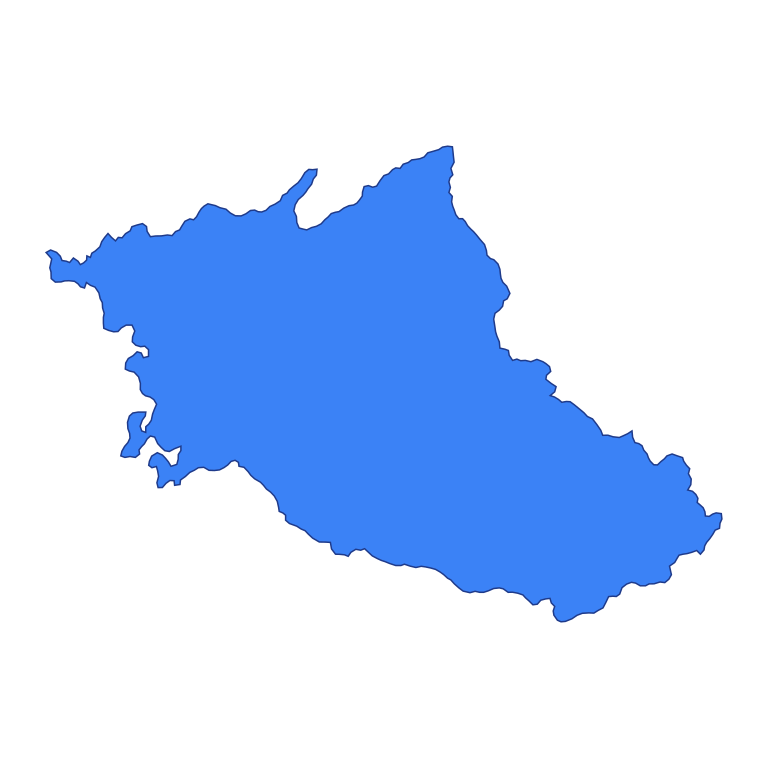 the district of Bom Retiro, Santa Catarina, Brazil
{"feature_id": "56859067B90842299420584", "entity_name": "Bom Retiro", "entity_type": "district", "adm_level": 2, "iso_a3": "BRA", "parent_name": "Brazil", "parent_adm1": "Santa Catarina", "projection": "mercator", "projection_center": [-49.588, -27.777], "detail": "fine", "context": "isolated", "style": "filled", "palette": "blue", "viewbox_px": 768, "rotation_deg": 0, "n_neighbors": 0, "source": "geoboundaries", "source_scale": "gbopen_adm2", "svg_char_len": 6097}
<svg xmlns="http://www.w3.org/2000/svg" viewBox="0 0 768 768"><path d="M452.4,146.8L447.6,146.2L442.5,147.1L438.8,149.6L433.8,151.1L427.8,152.8L424.1,157.0L419.9,158.7L415.7,159.4L411.7,159.9L408.3,162.5L403.2,164.2L400.1,168.4L395.7,167.9L392.5,169.7L388.6,173.9L383.9,175.6L380.1,180.6L376.6,186.1L372.7,187.2L368.4,185.6L364.1,186.6L362.5,192.1L362.3,196.1L359.4,200.1L356.9,203.1L353.6,205.0L349.0,205.7L343.8,208.1L339.0,211.6L335.2,212.3L331.2,213.6L328.1,217.0L324.9,219.7L321.2,223.8L316.4,226.3L311.5,227.6L306.8,229.9L303.2,229.1L299.1,228.0L296.8,222.5L296.4,216.4L293.8,210.9L295.2,204.7L298.3,199.5L303.0,195.4L305.8,192.1L307.9,188.8L311.6,184.2L313.3,179.0L316.4,175.2L317.0,169.2L312.6,169.7L308.8,169.4L304.9,172.6L301.3,178.6L298.0,182.8L293.7,186.1L289.4,189.8L287.1,193.1L282.6,195.4L280.3,200.7L275.1,204.1L269.9,206.5L266.1,210.3L261.6,212.0L258.1,211.7L254.7,210.1L250.5,210.5L245.9,213.8L241.2,215.9L235.4,215.8L230.3,213.0L226.0,209.2L219.9,207.7L215.4,205.6L211.6,204.7L207.9,203.8L204.1,206.1L201.4,208.6L199.1,212.0L196.5,216.8L193.6,219.8L189.9,218.9L184.9,221.3L181.7,226.3L179.6,229.9L175.5,231.6L172.1,235.6L167.4,235.0L161.3,235.9L155.5,236.0L150.4,236.7L147.1,231.4L146.5,226.5L142.5,223.6L136.7,225.1L131.9,226.7L130.2,230.8L125.5,233.7L122.1,237.8L118.3,237.4L115.5,240.9L111.5,237.4L108.0,233.5L104.7,237.4L101.7,241.7L99.9,246.8L95.3,251.0L91.8,253.2L90.4,257.4L86.9,255.9L86.6,260.1L83.6,262.9L80.3,264.6L78.0,261.2L73.4,258.0L69.6,262.5L66.3,261.2L62.0,260.5L60.3,256.2L56.6,252.4L50.6,250.0L46.1,252.5L49.1,255.9L51.7,258.9L50.8,263.1L49.8,267.8L51.0,272.0L51.2,278.6L55.3,282.1L61.1,281.9L64.6,280.9L68.9,280.7L74.5,281.3L78.0,283.8L80.5,286.8L84.5,288.0L86.4,282.5L90.4,285.3L95.0,287.1L98.9,292.9L100.2,298.7L102.3,302.6L102.6,308.0L104.2,313.3L103.4,317.3L103.4,323.2L103.8,328.3L108.6,330.4L113.7,331.8L118.0,331.5L121.3,327.9L126.2,325.1L132.0,325.1L134.8,331.0L132.6,336.9L132.3,341.8L135.8,345.2L140.6,346.7L144.8,346.2L148.5,349.6L148.5,356.4L143.4,357.7L141.2,353.0L137.1,351.8L133.1,355.7L128.3,358.5L125.7,363.0L125.3,369.1L129.4,371.0L134.1,372.1L138.6,376.9L140.4,383.3L140.3,389.6L142.5,393.5L145.5,395.8L150.0,397.0L153.8,399.6L156.6,404.2L154.3,409.5L152.6,414.0L151.3,420.3L148.7,424.2L145.8,426.7L145.7,432.4L141.7,430.9L140.1,426.2L142.3,420.1L145.3,415.9L145.8,412.1L142.1,412.1L138.0,412.1L132.8,413.0L129.4,416.1L127.5,422.3L127.9,428.6L129.6,433.3L130.0,438.1L127.9,442.6L124.6,446.4L121.9,451.2L120.8,455.9L124.9,457.4L130.0,456.5L135.4,457.4L139.6,454.0L139.0,449.9L141.6,446.6L144.4,443.8L147.1,439.0L150.4,436.0L154.7,437.1L157.7,443.6L161.2,447.4L164.8,450.7L169.3,451.5L174.5,448.7L180.9,446.2L180.9,450.6L178.3,454.5L178.2,459.2L176.8,464.4L171.0,466.3L168.4,461.9L165.6,458.4L162.4,455.0L157.3,452.7L151.7,456.1L149.4,461.2L148.7,465.3L151.9,467.7L156.4,466.5L157.6,470.7L158.6,476.4L156.9,482.8L158.1,487.6L162.4,487.5L166.0,483.3L169.9,480.5L174.1,480.7L174.6,485.3L180.0,484.5L180.5,480.0L185.5,476.4L189.8,472.4L194.2,470.3L198.4,467.7L203.8,467.3L209.0,470.3L214.3,470.5L219.5,469.9L224.0,467.6L227.7,465.0L231.1,461.4L235.1,460.3L238.4,462.3L239.0,466.3L244.0,467.3L248.1,471.6L250.8,475.3L254.6,478.8L260.5,482.2L263.5,485.3L266.4,489.0L270.6,492.1L274.3,496.0L277.3,501.4L278.6,507.4L279.2,511.4L282.8,512.9L285.6,515.2L285.6,520.2L289.4,523.5L296.8,526.2L301.1,529.0L305.1,530.7L308.5,534.3L312.6,538.1L319.3,542.0L325.6,542.1L330.4,542.4L331.5,548.9L335.5,554.2L339.5,554.3L344.5,554.8L348.2,556.3L350.9,552.3L355.8,549.3L360.7,550.2L364.6,548.7L368.9,552.7L372.3,555.9L377.4,558.6L381.3,560.4L385.0,561.6L389.7,563.5L395.7,565.5L401.0,565.5L404.4,564.2L410.1,566.1L415.9,567.5L421.2,566.3L425.5,566.9L430.7,568.0L435.6,569.4L440.1,572.0L443.8,574.7L447.6,578.2L450.8,579.9L454.3,583.8L458.9,587.9L463.1,591.1L470.0,592.7L475.1,591.3L479.6,592.3L483.7,592.3L488.4,590.8L493.7,588.5L499.3,587.9L503.2,588.8L508.1,592.3L512.4,592.2L517.8,593.2L522.9,594.9L525.6,597.9L529.1,601.0L532.9,604.8L537.3,604.2L540.8,600.2L545.7,598.9L550.0,598.4L551.3,602.9L554.7,606.4L553.2,611.0L553.9,615.2L557.4,620.2L561.0,621.8L565.4,621.4L571.9,618.8L577.0,615.3L582.3,613.3L588.8,612.9L593.9,613.1L598.2,610.4L603.0,607.9L606.0,602.1L608.6,596.6L612.8,596.2L616.3,596.5L619.7,594.1L622.0,587.7L626.6,584.1L631.4,582.3L635.6,583.1L640.3,585.8L645.5,585.8L649.1,583.9L654.1,583.8L660.0,582.0L664.8,582.6L668.9,579.2L671.4,574.7L669.5,566.1L674.7,562.5L677.0,558.5L679.0,555.2L683.0,554.2L687.1,553.6L691.8,552.3L696.7,550.5L700.4,554.2L704.0,550.0L704.7,545.9L706.6,542.4L709.8,538.6L712.8,534.3L715.2,530.1L719.5,528.3L720.0,523.3L721.9,519.0L721.3,513.6L716.1,512.9L712.6,514.1L709.2,516.4L705.4,516.0L704.9,511.7L703.2,507.8L700.4,505.2L697.2,502.5L697.9,498.3L695.9,494.5L692.5,491.3L687.7,490.0L690.8,484.7L691.2,479.0L688.4,473.7L689.7,468.7L686.4,465.2L683.7,461.2L682.6,457.6L677.4,455.9L672.1,454.0L666.9,455.9L664.4,458.8L660.9,461.6L657.5,464.9L653.8,464.8L650.2,461.1L648.4,457.8L647.1,454.0L643.8,450.2L642.0,445.7L638.8,443.6L634.9,442.6L632.6,437.2L632.0,430.9L627.7,433.7L623.2,435.8L619.3,437.5L613.1,436.8L607.9,435.2L602.7,435.3L600.8,430.3L596.9,424.6L592.5,418.9L587.4,416.5L583.9,412.7L579.8,409.3L574.2,404.7L570.1,401.7L566.3,401.5L561.8,402.3L558.7,399.6L554.5,397.0L550.2,395.6L554.7,391.8L556.1,386.7L551.0,383.3L545.9,379.3L546.5,375.3L550.7,371.4L549.5,366.6L545.9,363.6L542.9,361.7L536.9,359.4L530.9,361.7L525.3,360.4L520.7,360.7L516.9,359.1L512.6,360.4L509.2,355.3L508.4,350.5L504.9,349.2L499.9,348.1L499.3,341.8L496.9,336.1L495.6,331.8L494.8,326.2L493.7,319.1L495.0,313.3L499.3,310.1L502.6,306.3L503.6,300.8L507.2,298.8L509.9,293.4L506.7,286.2L502.9,282.4L501.0,278.3L500.4,274.1L499.9,269.3L498.0,264.0L493.8,259.7L490.5,258.6L487.0,255.2L486.4,250.4L484.5,244.5L480.2,239.6L476.5,235.0L473.5,231.6L470.8,229.1L467.6,225.7L465.2,221.5L462.6,218.7L458.8,218.7L455.8,214.7L454.3,210.3L452.7,206.2L451.6,201.8L452.3,196.3L448.9,192.5L450.4,187.4L448.9,181.9L450.0,177.9L452.8,174.8L450.9,168.4L454.1,162.2L453.5,157.0L453.0,152.0L452.4,146.8Z" fill="#3b82f6" stroke="#1e3a8a" stroke-width="1.5"/></svg>